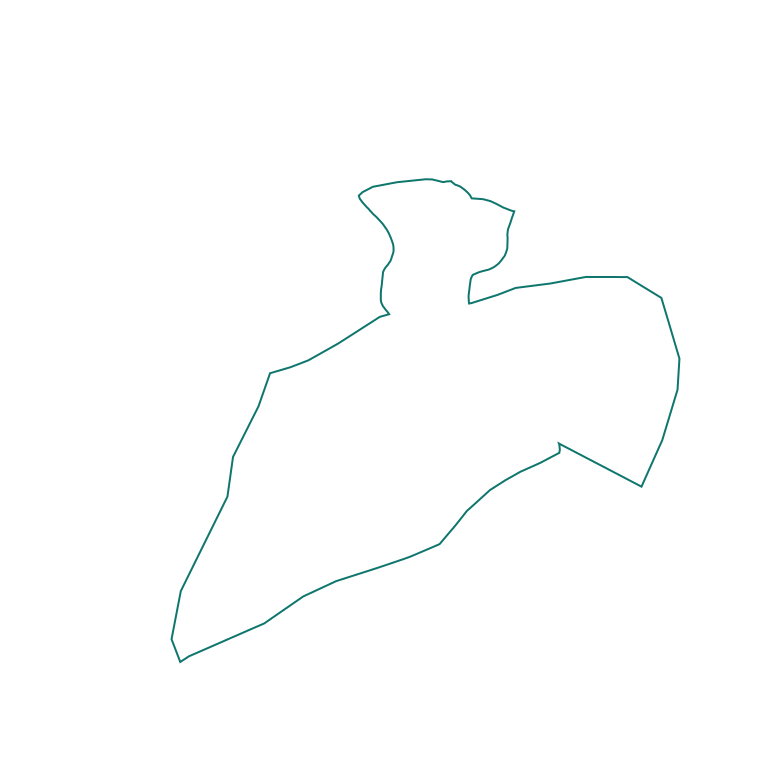 outline of La Croix Chaubough, Castries, Saint Lucia, rotated 159°
{"feature_id": "8701671B80997210152417", "entity_name": "La Croix Chaubough", "entity_type": "district", "adm_level": 2, "iso_a3": "LCA", "parent_name": "Saint Lucia", "parent_adm1": "Castries", "projection": "albers", "projection_center": [-60.941, 14.011], "detail": "fine", "context": "isolated", "style": "outline", "palette": "teal", "viewbox_px": 768, "rotation_deg": 159, "n_neighbors": 0, "source": "geoboundaries", "source_scale": "gbopen_adm2", "svg_char_len": 5011}
<svg xmlns="http://www.w3.org/2000/svg" viewBox="0 0 768 768"><g transform="rotate(159 384 384)"><path d="M180.4,195.9L144.3,231.9L112.0,273.5L99.1,301.8L96.5,334.8L94.2,365.0L112.8,389.2L118.4,396.6L137.3,403.9L157.2,411.6L172.7,414.5L192.7,418.2L226.6,426.5L246.0,426.5L273.4,428.2L275.0,428.5L275.7,428.6L275.6,429.4L273.8,435.1L273.5,435.7L273.3,436.3L272.8,437.3L272.2,438.3L271.7,439.4L270.8,440.9L270.5,441.4L270.0,442.5L269.4,443.7L268.8,444.8L268.2,445.8L267.5,447.1L267.0,448.1L266.4,449.1L265.9,450.1L265.2,451.1L264.4,451.9L263.6,452.8L263.1,453.2L262.6,453.6L261.8,454.1L260.7,454.1L259.6,454.2L258.4,454.2L257.2,454.3L255.9,454.3L254.7,454.3L253.5,454.2L252.3,454.1L251.1,454.0L250.2,453.9L249.5,453.8L248.9,453.7L247.7,453.6L246.4,453.4L245.2,453.3L244.2,453.3L243.0,453.4L241.7,453.5L241.0,453.6L240.4,453.6L239.3,453.8L238.0,454.1L236.7,454.5L235.6,454.8L234.5,455.2L233.4,455.6L232.4,456.1L231.4,456.7L230.4,457.2L229.5,457.8L228.4,458.5L227.0,459.4L226.4,459.8L225.7,460.2L225.2,460.6L224.6,461.2L223.8,462.1L222.9,463.1L222.2,464.0L221.2,465.2L220.8,465.7L220.2,466.7L219.7,467.8L219.3,468.8L218.7,470.3L218.3,471.1L218.0,471.8L217.7,472.5L217.2,473.8L216.8,474.8L216.2,476.2L215.8,477.5L215.5,478.7L215.1,479.7L214.5,480.8L213.9,482.0L213.5,482.8L212.9,483.8L212.2,484.7L211.2,485.8L210.2,486.9L209.5,487.8L208.7,488.7L207.9,489.6L207.3,490.5L206.4,491.5L205.7,492.4L205.0,493.3L204.3,494.1L203.5,495.0L202.7,495.9L202.0,496.8L201.2,497.7L200.5,498.6L202.0,499.4L203.3,500.5L209.4,506.0L212.7,509.8L214.3,511.6L216.1,513.5L219.1,516.6L225.2,521.0L235.6,525.9L235.8,527.3L235.9,527.9L236.0,528.5L236.1,529.1L236.2,529.7L236.4,530.3L236.6,530.9L236.8,531.5L237.0,532.1L237.3,532.7L237.6,533.4L238.0,534.2L238.3,534.8L238.6,535.4L239.1,536.2L239.4,536.8L239.8,537.5L240.2,538.1L240.5,538.6L240.8,539.2L241.2,539.7L241.6,540.2L242.0,540.8L242.5,541.5L243.1,542.0L243.5,542.4L244.3,543.1L244.8,543.6L245.4,543.9L245.9,544.4L246.3,544.9L246.7,545.6L247.1,546.3L247.4,546.8L247.7,547.4L248.1,547.9L248.4,548.6L248.5,549.2L252.3,550.5L256.5,551.3L258.2,552.5L262.5,555.5L265.7,557.7L271.7,560.2L299.5,567.7L323.7,572.1L335.2,570.8L340.0,568.9L340.2,565.6L340.0,564.9L339.8,564.3L339.6,563.6L339.4,562.9L339.3,562.2L339.1,561.6L338.9,561.0L338.6,560.3L338.4,559.7L338.2,559.1L337.9,558.4L337.7,557.8L337.4,557.2L337.2,556.5L336.9,555.9L336.7,555.3L336.4,554.6L336.1,554.0L335.8,553.5L335.6,552.8L335.3,552.1L335.1,551.4L334.9,550.8L334.6,550.2L334.4,549.6L334.1,548.9L333.9,548.3L333.7,547.7L333.4,547.1L333.1,546.3L332.8,545.7L332.4,544.9L332.1,544.4L331.8,543.8L331.4,542.9L331.1,542.4L330.9,541.7L330.6,541.1L330.4,540.5L330.1,539.9L329.8,539.1L329.6,538.5L329.3,538.0L329.1,537.2L328.8,536.6L328.6,536.1L328.4,535.5L328.2,534.9L327.9,534.2L327.6,533.2L327.4,532.5L327.3,531.9L327.1,531.2L326.9,530.4L326.7,529.8L326.6,529.1L326.4,528.4L326.2,527.6L326.1,527.0L326.0,526.4L325.9,525.8L325.8,525.2L325.7,524.6L325.7,524.0L325.5,523.3L325.5,522.6L325.4,521.8L325.4,521.0L325.4,520.4L325.4,519.7L325.3,518.9L325.3,518.0L325.3,517.4L325.3,516.6L325.3,516.0L325.3,515.3L325.3,514.6L325.3,513.9L325.4,513.3L325.4,512.6L325.4,512.0L325.5,511.2L325.6,510.4L325.7,509.7L325.9,509.0L326.1,508.4L326.4,507.6L326.6,506.9L326.8,506.2L327.2,505.3L327.5,504.7L327.8,504.1L328.1,503.5L328.6,503.0L329.0,502.4L329.4,501.9L329.8,501.5L330.2,501.0L330.7,500.4L331.2,499.8L331.7,499.1L332.2,498.4L332.7,497.9L333.1,497.5L333.6,496.9L334.1,496.4L334.7,496.0L335.2,495.7L335.8,495.3L336.3,495.0L336.8,494.6L337.3,494.1L338.0,493.8L338.6,493.4L339.2,493.1L339.8,492.8L340.4,492.4L340.9,492.1L341.4,491.8L342.0,491.4L342.7,490.8L343.3,490.3L343.9,489.7L344.4,489.2L344.8,488.8L345.1,488.2L345.4,487.6L345.7,487.0L346.0,486.4L346.3,485.8L346.6,485.1L347.0,484.4L347.3,483.8L347.8,482.9L348.3,481.8L348.7,481.2L349.0,480.6L349.2,480.0L349.5,479.4L349.8,478.8L350.1,478.3L350.4,477.7L350.7,477.0L351.0,476.4L351.4,475.9L351.7,475.3L352.1,474.6L352.4,474.0L352.8,473.4L353.1,472.7L353.4,472.2L353.7,471.5L354.0,470.9L354.2,470.3L354.5,469.7L354.7,469.1L355.0,468.5L355.2,467.9L355.4,467.3L355.8,466.4L356.0,465.8L356.3,465.1L356.5,464.5L356.8,463.8L357.0,463.0L357.1,462.4L357.3,461.8L357.3,461.1L357.3,460.4L357.3,459.5L357.2,458.8L357.2,458.1L357.1,457.4L357.0,456.7L356.7,455.8L356.5,455.1L356.3,454.3L356.1,453.8L356.0,453.2L355.8,452.5L355.6,451.9L355.3,451.2L355.0,450.3L354.8,449.7L354.6,448.9L354.4,448.2L354.2,447.3L363.8,448.2L412.3,438.2L446.2,433.2L465.5,433.2L486.5,434.9L509.1,408.2L551.1,370.0L570.5,335.0L647.9,263.5L673.8,221.9L673.8,197.5L663.6,199.7L595.9,202.8L581.5,203.4L572.7,205.6L535.6,214.6L511.2,216.3L499.4,217.1L486.6,216.4L454.7,214.6L426.8,213.5L422.1,213.4L418.2,213.5L389.5,214.6L379.3,220.2L369.0,225.8L359.8,231.2L352.1,235.8L343.9,238.9L323.1,247.0L305.0,250.7L288.1,253.2L266.3,254.4L254.5,255.8L245.0,256.9L244.2,258.3L243.7,259.0L243.2,260.2L242.8,261.8L242.6,262.6L242.2,263.7L242.0,264.8L242.0,265.7L223.1,244.3L180.4,195.9Z" fill="none" stroke="#0f766e" stroke-width="2"/></g></svg>